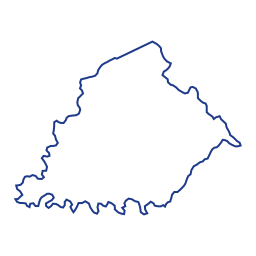 outline of Urupema, Santa Catarina, Brazil
{"feature_id": "56859067B45014114874295", "entity_name": "Urupema", "entity_type": "district", "adm_level": 2, "iso_a3": "BRA", "parent_name": "Brazil", "parent_adm1": "Santa Catarina", "projection": "robinson", "projection_center": [-49.915, -28.011], "detail": "fine", "context": "isolated", "style": "outline", "palette": "blue", "viewbox_px": 256, "rotation_deg": 0, "n_neighbors": 0, "source": "geoboundaries", "source_scale": "gbopen_adm2", "svg_char_len": 3009}
<svg xmlns="http://www.w3.org/2000/svg" viewBox="0 0 256 256"><path d="M15.4,199.2L17.1,201.9L20.0,203.0L22.8,203.0L25.7,203.4L27.0,205.8L29.5,207.1L30.2,203.8L33.3,203.2L35.5,206.1L38.3,206.0L39.1,202.6L40.1,199.5L41.6,197.3L44.4,195.6L47.1,193.8L49.3,193.7L52.2,194.7L53.8,197.6L51.9,200.1L48.4,202.0L45.9,203.5L46.2,206.1L48.6,207.9L51.0,206.2L53.0,203.7L56.2,204.0L58.6,205.4L60.6,207.0L63.1,207.5L64.8,205.1L64.7,202.1L66.5,199.6L70.2,201.4L72.1,204.6L70.4,206.9L71.8,209.7L73.4,212.2L74.9,210.3L76.8,207.1L78.6,203.0L82.0,203.1L85.3,201.3L88.9,203.5L90.3,207.3L92.5,210.8L94.0,212.5L97.0,213.7L98.5,211.2L97.5,207.3L98.4,203.5L101.2,203.8L103.3,205.8L105.8,206.5L107.1,204.5L108.4,202.0L111.5,203.2L114.7,205.7L114.9,209.4L118.4,212.5L121.5,213.7L124.1,214.1L124.6,210.6L122.2,207.8L125.3,206.2L124.4,203.2L125.8,200.7L128.7,198.6L132.0,199.3L134.8,201.1L138.3,202.0L139.3,204.5L140.2,207.7L140.8,212.2L144.0,214.4L147.2,213.3L145.1,209.3L144.9,206.2L146.8,204.9L148.7,203.5L150.7,201.7L153.4,203.2L154.8,205.7L158.1,206.3L160.9,206.3L163.2,205.1L165.0,206.6L166.1,204.0L167.8,202.3L170.2,201.5L171.3,197.9L172.1,194.7L174.3,192.0L177.5,192.0L180.2,189.7L182.1,187.8L184.2,185.5L185.5,183.3L186.9,179.1L188.2,176.1L190.6,174.2L191.4,170.1L193.8,166.2L196.6,164.8L199.7,162.4L203.0,161.3L204.6,159.3L207.6,158.6L209.5,154.7L211.0,151.5L212.4,149.2L214.5,147.6L216.7,147.3L218.5,145.8L221.0,142.6L222.7,139.8L225.1,140.2L227.4,141.2L229.1,143.2L232.1,144.9L235.2,146.3L237.8,146.3L240.6,145.5L239.7,142.8L236.9,140.9L233.5,137.5L230.2,135.1L229.5,132.6L228.4,130.5L226.6,127.4L225.8,123.6L223.3,121.3L221.0,119.1L219.6,116.2L216.0,117.3L213.8,119.0L212.5,116.7L208.7,114.0L206.8,112.3L206.7,109.2L206.7,105.8L205.5,103.4L203.3,102.8L200.7,100.9L197.9,98.1L197.9,95.3L197.8,92.3L195.8,88.5L192.7,86.9L190.5,87.4L189.2,90.0L187.8,92.8L184.7,93.4L181.2,91.5L178.8,90.1L176.0,87.3L172.6,85.1L170.6,84.7L168.0,82.2L167.7,79.3L165.6,77.6L162.5,75.1L163.8,71.6L165.9,70.4L167.7,68.9L169.7,66.5L170.8,63.4L167.0,61.4L164.3,58.6L162.9,56.0L161.1,51.2L161.0,48.3L159.5,46.4L156.8,44.0L152.4,41.6L116.9,58.6L114.7,58.0L112.1,59.4L109.4,60.7L107.1,62.1L104.8,63.1L102.0,64.9L99.8,67.6L98.2,70.2L97.4,73.3L95.2,75.7L92.4,76.6L88.9,77.3L86.1,78.2L83.6,78.7L81.0,79.5L80.1,82.6L81.1,85.3L80.0,88.4L82.0,90.5L83.0,93.4L80.6,95.9L78.2,98.2L77.3,102.2L77.8,105.3L79.5,107.4L80.2,109.8L78.9,113.6L76.3,115.2L73.2,115.5L70.7,115.8L68.5,116.2L66.6,117.9L65.8,120.2L63.6,123.0L60.5,122.9L58.6,122.1L56.6,120.7L54.2,122.3L54.2,126.1L53.8,130.0L53.2,133.6L55.0,135.7L56.0,139.6L57.8,142.9L56.0,145.4L53.6,145.9L50.6,146.0L47.2,147.6L46.5,150.4L49.1,153.1L49.5,155.8L47.3,156.6L43.6,155.9L41.8,158.2L43.7,160.6L45.5,163.6L47.0,166.8L46.2,170.7L42.6,170.9L41.9,174.5L43.9,177.2L41.8,179.0L37.8,178.7L35.6,175.9L32.5,175.1L29.5,176.7L27.3,176.2L24.9,176.8L23.4,179.7L22.8,182.6L20.6,184.8L18.4,185.3L16.2,185.5L17.1,188.9L20.2,191.4L22.3,194.9L19.5,197.5L17.9,199.0L15.4,199.2Z" fill="none" stroke="#1e3a8a" stroke-width="2"/></svg>